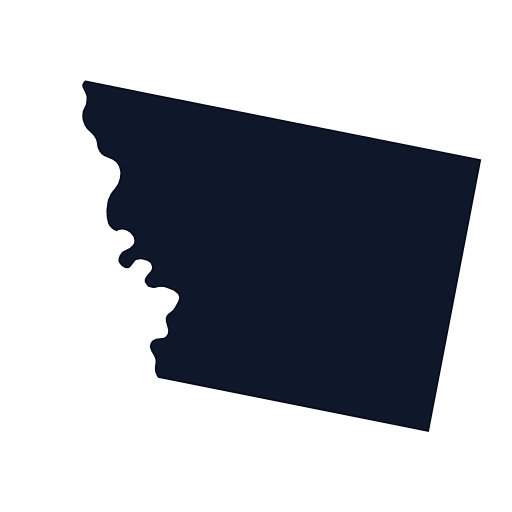 Monona, Iowa, United States of America (Albers equal-area conic projection), rotated 11°
{"feature_id": "52423323B96687064906768", "entity_name": "Monona", "entity_type": "district", "adm_level": 2, "iso_a3": "USA", "parent_name": "United States of America", "parent_adm1": "Iowa", "projection": "albers", "projection_center": [-96.213, 42.039], "detail": "fine", "context": "isolated", "style": "filled", "palette": "ink", "viewbox_px": 512, "rotation_deg": 11, "n_neighbors": 0, "source": "geoboundaries", "source_scale": "gbopen_adm2", "svg_char_len": 1529}
<svg xmlns="http://www.w3.org/2000/svg" viewBox="0 0 512 512"><g transform="rotate(11 256 256)"><path d="M457.9,119.0L117.2,117.5L55.4,117.0L54.5,117.9L53.5,120.7L54.0,122.8L58.4,128.6L59.8,131.2L60.4,133.2L60.9,139.5L59.1,146.9L59.4,151.2L60.6,155.3L63.7,160.3L66.3,162.9L73.4,167.5L77.1,171.3L78.6,174.1L80.5,179.5L82.7,182.5L85.1,184.7L88.0,186.1L97.0,188.0L100.8,189.7L103.3,191.8L104.9,193.7L106.9,197.5L107.8,200.2L108.2,205.7L107.6,211.3L105.1,217.3L103.8,219.5L102.2,223.0L100.8,228.9L100.7,231.9L101.2,239.7L102.9,246.4L104.5,250.1L105.3,251.9L107.0,254.0L109.8,256.0L111.4,256.7L114.4,257.4L115.3,256.3L119.8,254.6L124.8,255.0L128.5,256.5L132.3,259.6L133.3,261.1L134.5,264.1L134.6,266.8L133.5,269.6L131.0,272.8L124.5,277.8L122.7,282.0L122.4,285.3L122.6,286.8L123.4,288.1L125.9,290.4L129.9,292.0L132.4,291.7L133.3,291.2L134.5,289.6L137.0,284.5L138.4,282.2L143.8,280.2L150.6,280.7L154.4,282.5L156.4,285.5L157.0,287.6L156.9,289.3L156.3,291.1L153.5,296.0L152.0,299.9L152.3,301.8L152.9,302.8L155.5,305.4L156.6,306.0L160.8,306.3L162.6,305.9L166.2,304.2L170.5,303.3L173.0,303.3L182.0,304.9L187.1,307.6L188.9,310.0L189.3,311.5L189.1,315.2L186.7,322.6L185.4,325.4L181.2,330.4L180.6,331.5L180.0,333.9L180.7,337.1L184.7,345.2L185.0,348.1L184.7,350.3L183.0,353.4L181.4,354.6L174.3,356.9L171.5,358.8L170.5,360.4L169.8,362.4L169.9,365.3L172.0,369.0L175.6,373.0L177.6,376.2L178.4,378.8L178.8,384.6L179.2,386.6L180.1,389.1L181.6,391.4L183.4,393.5L458.5,395.0L457.9,119.0Z" fill="#0f172a" stroke="#020617" stroke-width="1.5"/></g></svg>